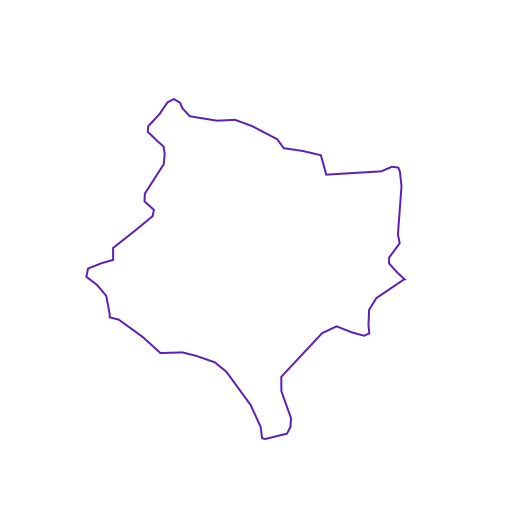 outline of Kosovo, rotated 338°
{"feature_id": "XKX", "entity_name": "Kosovo", "entity_type": "country or territory", "adm_level": 0, "iso_a3": "XKX", "parent_name": "Europe", "parent_adm1": "", "projection": "equal_earth", "projection_center": [20.84, 42.557], "detail": "fine", "context": "isolated", "style": "outline", "palette": "violet", "viewbox_px": 512, "rotation_deg": 338, "n_neighbors": 0, "source": "natural_earth", "source_scale": "50m", "svg_char_len": 1019}
<svg xmlns="http://www.w3.org/2000/svg" viewBox="0 0 512 512"><g transform="rotate(338 256 256)"><path d="M151.2,187.8L175.1,180.3L178.6,175.0L173.1,163.6L176.3,156.5L204.9,136.3L209.6,127.1L211.3,119.9L207.5,112.3L202.2,100.3L204.7,95.3L219.5,88.4L231.5,80.4L238.6,79.7L243.1,85.5L243.1,91.5L247.0,101.6L255.8,107.0L270.5,115.9L287.6,121.9L301.0,134.1L319.4,155.7L322.1,166.4L338.6,176.1L353.9,186.9L351.6,206.9L403.8,224.4L415.5,224.2L421.1,227.3L421.0,231.9L417.0,245.9L395.7,289.1L394.0,298.0L378.7,307.4L376.6,312.9L381.0,324.8L385.0,333.2L384.7,333.1L351.8,340.1L340.7,348.3L334.2,362.7L332.1,370.2L326.3,370.4L316.6,363.0L304.3,351.4L288.4,352.3L234.2,377.5L228.9,390.8L227.7,419.5L224.0,427.3L218.2,432.3L195.8,429.1L193.4,427.2L196.3,416.2L195.2,392.1L185.2,352.3L178.0,339.2L163.2,326.3L151.7,317.8L131.0,310.2L120.5,288.4L104.9,263.6L97.3,258.0L98.5,255.5L102.2,236.9L97.8,223.3L90.9,211.7L95.6,204.7L110.1,204.8L122.1,206.1L126.5,195.0L151.2,187.8Z" fill="none" stroke="#5b21b6" stroke-width="2"/></g></svg>